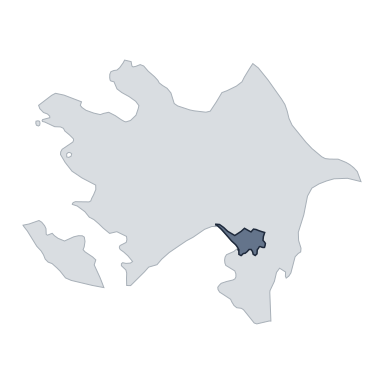 Biləsuvar on a map of Azerbaijan (Natural Earth projection)
{"feature_id": "AZE-1698", "entity_name": "Biləsuvar", "entity_type": "District", "adm_level": 1, "iso_a3": "AZE", "parent_name": "Azerbaijan", "parent_adm1": "", "projection": "natural_earth1", "projection_center": [48.455, 39.509], "detail": "fine", "context": "in_parent", "style": "filled", "palette": "slate", "viewbox_px": 384, "rotation_deg": 0, "n_neighbors": 0, "source": "natural_earth", "source_scale": "10m", "svg_char_len": 3846}
<svg xmlns="http://www.w3.org/2000/svg" viewBox="0 0 384 384"><path d="M270.9,321.1L269.2,321.0L256.8,323.9L254.2,323.0L243.5,309.7L241.3,308.3L236.7,307.7L234.0,305.5L231.8,301.9L230.6,299.3L219.6,292.1L218.0,289.5L217.8,287.2L219.4,285.1L221.2,283.3L226.6,281.5L232.9,280.0L234.9,278.9L235.9,277.0L235.9,273.9L234.8,270.9L225.8,265.4L224.9,263.0L224.6,260.1L225.1,257.1L226.5,254.7L233.8,251.5L237.8,248.2L235.3,244.5L227.4,236.0L218.1,226.6L211.8,226.5L204.6,229.3L193.0,237.3L186.6,240.7L178.3,246.3L169.1,252.6L161.7,259.2L157.0,264.7L148.7,267.1L144.5,271.8L130.6,285.6L126.7,285.5L126.5,278.6L126.7,273.1L125.9,270.0L121.4,265.7L121.4,263.8L122.6,262.7L126.0,263.4L130.4,263.1L132.6,261.5L127.9,255.8L123.7,252.0L120.2,249.5L119.4,247.9L119.4,246.8L120.1,245.5L126.2,242.4L126.9,239.6L126.5,236.4L116.8,231.7L109.6,233.4L103.2,228.1L99.0,224.0L93.9,219.6L89.3,217.2L84.9,211.7L77.2,206.0L72.3,204.4L72.4,203.6L73.3,202.5L75.3,201.7L89.1,201.9L90.8,200.9L91.7,198.4L93.6,194.8L95.8,189.5L95.7,185.1L81.9,177.9L72.0,171.2L65.2,162.5L60.5,154.5L60.7,151.9L62.1,149.3L72.9,142.0L73.6,140.1L73.4,138.8L69.6,135.0L64.9,131.1L63.4,128.3L60.4,126.9L54.7,126.7L44.7,122.0L42.5,121.5L42.1,120.6L42.6,119.6L49.8,117.7L49.7,116.1L47.5,114.0L43.5,112.5L39.8,108.7L38.6,105.3L51.7,95.3L55.5,93.3L64.0,95.1L81.5,101.8L80.3,105.4L82.0,107.5L86.0,110.3L93.8,113.1L100.3,114.6L103.6,113.4L108.7,112.3L115.2,115.6L121.2,119.7L124.2,121.4L125.9,121.9L130.5,120.5L136.0,115.2L138.2,108.7L138.9,105.6L135.7,101.3L129.1,96.6L121.7,92.5L117.0,88.9L114.0,81.8L110.9,81.0L110.1,80.1L109.7,77.7L109.8,74.3L110.9,71.7L113.9,70.5L116.9,70.1L119.7,67.7L123.2,62.8L124.6,60.1L131.1,61.6L131.9,66.0L133.0,66.9L135.7,66.4L140.2,64.6L143.7,66.0L148.2,71.2L154.5,76.7L157.9,80.4L159.2,82.9L162.4,85.4L167.1,88.3L170.9,92.9L174.2,103.5L177.6,105.9L189.7,109.9L194.0,110.8L205.9,112.2L210.2,111.2L216.3,102.0L221.9,92.6L227.0,90.7L236.4,86.1L242.0,81.8L244.3,77.2L249.6,68.5L252.8,63.6L258.3,67.9L267.9,79.8L281.5,99.0L284.9,104.5L287.1,110.8L289.0,118.5L292.1,125.2L306.0,142.3L312.0,148.6L321.8,156.8L325.3,158.6L329.9,159.1L338.2,159.2L346.0,162.4L349.8,164.6L353.8,167.8L357.3,171.6L361.0,181.6L347.5,178.3L334.0,178.8L326.4,181.0L319.0,183.9L311.9,188.1L307.5,196.1L303.8,214.8L298.3,232.3L298.6,240.5L301.0,248.2L300.7,251.9L298.2,253.5L295.1,256.8L290.9,272.9L288.8,276.1L286.2,278.1L285.4,276.2L285.6,272.0L279.6,268.2L276.5,272.4L274.4,281.3L270.0,290.6L269.8,292.4L270.9,321.1ZM71.1,156.2L71.7,153.7L70.1,152.6L68.3,152.5L66.7,153.8L66.7,156.9L68.8,157.4L71.1,156.2ZM25.9,229.2L23.9,226.6L23.0,225.2L29.0,224.0L39.0,220.5L41.7,222.2L44.6,225.7L46.0,228.7L46.2,234.3L47.4,235.2L52.2,233.3L54.3,235.6L58.0,238.3L64.5,241.0L73.8,236.8L78.5,235.7L82.3,235.8L84.3,237.1L85.0,241.4L84.2,246.8L83.1,249.7L85.1,251.9L92.7,257.0L95.8,259.9L94.2,264.9L99.8,277.1L101.7,281.8L103.9,287.6L92.2,285.4L71.2,280.4L65.5,277.9L60.1,271.1L56.9,267.9L52.1,263.6L48.1,262.1L45.2,259.1L43.5,254.8L41.1,250.9L36.8,246.3L27.2,230.8L25.9,229.2ZM39.7,125.2L38.4,126.0L36.4,125.2L35.8,123.2L36.0,121.2L38.0,120.8L39.6,121.3L40.0,123.2L39.7,125.2Z" fill="#d9dde1" stroke="#a8b0b8" stroke-width="1"/><path d="M238.1,249.9L238.8,249.7L237.4,247.0L235.7,244.7L231.6,241.0L221.4,229.2L217.7,225.9L216.6,225.1L215.7,224.9L215.8,224.2L219.5,224.5L223.7,227.5L227.7,231.3L234.8,235.5L241.2,231.3L244.5,228.3L248.0,230.3L251.0,231.9L253.5,229.1L256.1,229.5L258.7,230.6L261.7,231.6L264.7,232.5L263.4,236.5L263.0,240.4L264.3,241.8L265.4,243.4L265.1,245.4L264.5,247.4L263.0,247.5L261.5,247.1L260.5,246.6L259.5,246.6L258.8,247.5L258.3,248.6L257.4,249.4L257.2,250.5L257.0,253.8L255.2,255.5L253.2,254.3L252.5,251.6L251.2,249.5L249.0,249.5L247.2,251.6L245.1,253.3L243.8,253.4L242.7,254.0L242.0,254.9L241.1,255.6L238.9,254.4L238.8,250.8L238.1,249.9Z" fill="#64748b" stroke="#1e293b" stroke-width="1.5"/></svg>